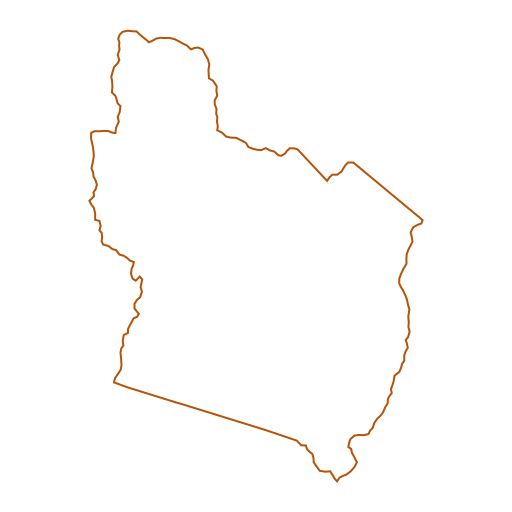 Nova Canaã, Bahia, Brazil
{"feature_id": "56859067B27684266688580", "entity_name": "Nova Canaã", "entity_type": "district", "adm_level": 2, "iso_a3": "BRA", "parent_name": "Brazil", "parent_adm1": "Bahia", "projection": "orthographic", "projection_center": [-40.194, -14.851], "detail": "fine", "context": "isolated", "style": "outline", "palette": "amber", "viewbox_px": 512, "rotation_deg": 0, "n_neighbors": 0, "source": "geoboundaries", "source_scale": "gbopen_adm2", "svg_char_len": 3139}
<svg xmlns="http://www.w3.org/2000/svg" viewBox="0 0 512 512"><path d="M296.8,440.6L301.2,445.3L305.9,445.5L307.0,449.2L309.5,451.7L312.4,454.0L313.5,458.2L313.7,462.4L316.7,466.6L319.8,470.8L325.3,471.7L330.2,471.3L332.8,475.3L334.6,478.6L337.1,481.3L339.5,477.7L342.5,476.0L346.0,474.8L350.4,471.6L354.5,467.0L356.9,462.2L354.5,457.5L352.0,452.8L351.1,448.8L348.3,447.0L349.0,443.1L350.4,439.1L354.6,435.5L359.3,435.0L363.9,435.2L368.5,434.0L370.1,430.6L372.7,427.9L374.3,423.0L377.1,418.9L380.4,415.8L383.0,412.4L385.1,407.5L387.7,403.2L387.8,399.2L389.4,396.1L391.7,393.2L391.0,388.9L392.6,384.7L393.7,381.0L394.5,375.7L399.3,371.9L401.1,367.7L402.1,363.8L404.3,360.6L404.2,355.5L405.8,350.9L407.8,347.8L406.9,343.6L405.7,340.0L408.1,337.1L409.6,331.7L408.4,327.0L408.8,322.4L408.3,316.8L408.8,313.0L409.4,309.3L408.1,305.1L407.1,300.2L406.0,296.7L404.4,293.3L402.8,290.0L400.9,287.0L399.2,283.3L399.3,278.7L400.9,274.2L403.4,268.8L406.5,263.7L406.4,258.8L406.7,254.2L408.5,249.3L410.6,245.5L412.5,241.5L411.8,237.1L410.7,232.2L413.3,227.2L417.7,224.8L421.4,223.5L422.6,220.1L353.4,162.6L348.2,162.4L345.8,164.7L343.8,167.6L341.7,171.3L337.3,174.7L332.3,174.7L329.5,177.3L327.1,180.9L297.6,149.4L294.0,148.3L289.7,148.3L287.1,150.7L285.0,153.6L281.2,155.8L278.1,155.1L274.4,151.6L269.9,150.4L265.8,148.1L261.0,150.2L257.5,149.8L253.1,148.9L248.4,147.0L246.1,143.1L243.3,141.4L239.9,139.7L236.2,137.8L230.7,137.6L226.2,136.6L222.0,132.7L217.2,130.2L217.8,126.5L216.9,121.2L217.4,117.1L216.2,114.0L216.5,108.9L214.8,104.7L214.6,100.5L217.2,95.8L216.4,90.6L216.7,86.2L213.0,80.7L209.0,78.3L208.7,74.5L208.5,69.7L209.3,64.5L208.0,59.4L205.0,54.3L202.6,49.4L198.1,47.6L194.6,47.9L191.0,49.4L186.8,45.4L183.1,43.7L179.5,41.6L174.7,39.2L169.4,37.9L165.3,38.0L160.1,37.8L155.9,38.7L152.7,40.6L149.0,42.3L146.6,40.1L142.9,37.2L140.0,34.7L136.5,31.4L132.8,31.3L127.6,30.7L122.6,31.8L119.5,35.0L118.2,38.9L119.4,42.3L119.1,45.8L119.5,49.6L117.7,54.9L119.3,60.2L117.7,63.2L114.1,67.1L112.6,72.0L111.3,76.6L112.1,81.2L112.4,87.1L111.9,92.5L115.4,95.8L116.6,99.3L117.5,103.1L120.5,106.2L119.6,112.6L117.7,116.7L118.8,121.6L116.0,127.8L115.4,133.1L111.7,132.5L108.4,131.1L103.1,130.9L98.4,131.3L94.9,131.1L91.2,132.8L91.0,138.2L91.9,142.3L92.8,146.4L93.5,151.3L93.8,156.4L92.7,162.6L91.5,168.3L93.2,172.7L93.5,176.6L95.8,180.9L96.9,184.8L95.8,188.9L93.5,192.4L94.1,196.0L91.9,198.5L89.4,200.7L91.3,204.5L93.9,207.9L95.2,213.6L95.1,219.8L99.4,220.9L100.7,225.9L99.4,230.2L101.6,232.7L102.2,236.7L101.6,241.3L103.2,244.6L108.5,246.0L112.5,249.2L116.0,250.0L119.4,254.6L123.8,255.8L126.9,257.8L130.1,260.7L133.8,262.0L133.2,265.3L131.6,268.7L131.0,273.8L132.6,278.6L135.7,280.7L139.7,276.6L142.2,279.4L141.4,283.3L140.6,287.1L141.9,291.7L140.1,297.3L137.0,299.8L134.5,303.8L134.5,308.5L136.7,311.3L138.9,313.8L137.1,316.8L133.4,318.4L132.0,321.5L129.8,325.3L128.0,329.1L128.0,332.9L123.8,335.0L122.7,340.9L123.4,345.5L121.3,348.4L120.5,352.6L121.1,358.8L121.5,365.2L120.7,369.8L118.4,373.3L115.0,378.2L114.0,382.4L127.3,387.3L130.9,388.4L174.9,402.1L183.5,404.6L198.6,409.3L265.4,430.0L296.8,440.6Z" fill="none" stroke="#b45309" stroke-width="2"/></svg>